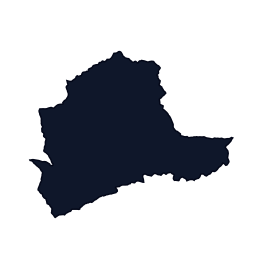 Nubi, Tongsa, Bhutan, rotated 81°
{"feature_id": "84629894B54102574648684", "entity_name": "Nubi", "entity_type": "district", "adm_level": 2, "iso_a3": "BTN", "parent_name": "Bhutan", "parent_adm1": "Tongsa", "projection": "mercator", "projection_center": [90.45, 27.625], "detail": "fine", "context": "isolated", "style": "filled", "palette": "ink", "viewbox_px": 256, "rotation_deg": 81, "n_neighbors": 0, "source": "geoboundaries", "source_scale": "gbopen_adm2", "svg_char_len": 5792}
<svg xmlns="http://www.w3.org/2000/svg" viewBox="0 0 256 256"><g transform="rotate(81 128 128)"><path d="M154.2,26.1L153.6,27.2L154.4,29.4L154.1,31.5L154.1,34.2L153.8,35.3L152.8,37.1L152.8,39.2L152.2,40.9L152.1,42.4L151.5,44.1L152.1,46.4L151.1,48.9L150.1,52.0L149.7,52.8L148.9,53.7L148.6,54.5L148.5,56.3L148.0,58.6L147.9,60.1L147.3,62.1L147.5,62.7L147.4,63.6L147.1,64.1L147.4,65.3L147.1,67.0L147.1,69.7L145.8,70.9L145.7,71.1L145.9,72.0L145.6,72.9L145.5,73.7L144.6,75.3L144.4,76.1L143.7,77.4L142.6,77.2L142.0,77.2L139.8,79.3L139.3,79.6L138.3,81.4L134.9,83.2L134.0,83.3L131.7,82.9L130.8,83.0L125.0,84.4L122.8,85.2L121.9,86.0L120.5,86.3L118.4,87.5L117.8,88.1L116.1,89.3L115.0,90.7L114.1,90.7L111.9,89.9L111.6,89.9L110.3,91.9L109.7,92.6L109.3,92.9L107.5,92.6L105.1,92.6L104.3,92.4L103.9,91.9L103.2,90.3L101.9,89.1L101.4,87.7L99.5,85.3L99.0,85.4L98.4,85.6L96.6,87.1L95.4,87.4L93.8,88.2L93.0,88.2L90.8,90.3L90.2,90.5L89.7,90.4L88.1,89.5L86.5,88.9L86.2,89.0L85.1,90.0L84.0,90.3L83.2,90.7L81.4,90.4L80.5,91.3L80.3,91.3L79.8,91.0L79.2,90.0L78.6,89.3L78.1,89.2L77.2,89.3L76.6,89.1L75.8,88.7L74.3,87.2L73.8,86.9L73.3,86.9L72.6,87.5L71.5,88.0L70.5,89.5L68.2,91.4L66.7,92.1L66.2,92.6L65.8,94.3L65.8,96.4L66.0,97.5L65.9,98.4L64.4,101.3L63.4,104.1L63.8,105.2L63.6,106.1L64.3,107.1L65.0,107.5L65.2,108.7L64.4,109.1L63.4,110.1L63.4,111.0L63.9,112.0L63.9,112.9L63.7,113.5L62.7,114.0L61.5,115.3L60.2,116.0L59.8,116.4L59.5,116.9L59.4,117.5L58.3,120.0L57.5,120.4L56.6,121.5L53.5,122.5L52.1,123.1L51.4,123.9L51.1,124.8L51.3,125.7L51.9,126.7L52.2,127.8L52.2,128.7L52.0,130.1L52.4,130.5L54.2,131.7L56.0,133.2L56.7,134.2L57.2,134.9L57.3,135.8L57.0,137.9L58.1,138.9L58.9,140.5L58.8,141.0L57.9,142.6L58.2,143.4L58.7,143.6L58.9,143.9L59.0,144.8L58.9,145.9L59.0,146.2L60.0,146.8L60.7,147.4L60.6,149.9L60.9,152.2L61.3,152.9L62.5,153.9L62.8,154.3L63.6,157.5L64.0,157.9L65.2,158.0L65.7,158.2L65.8,158.5L65.6,160.0L66.2,161.4L65.9,162.5L66.1,164.0L67.0,164.8L68.6,165.6L68.9,166.0L69.3,168.7L69.1,169.3L68.5,170.0L69.3,171.2L70.1,171.5L71.0,172.3L72.4,175.2L73.1,176.2L73.1,176.7L72.8,178.5L71.7,180.9L76.1,180.5L76.5,180.9L77.0,182.0L77.5,182.4L78.3,182.6L80.1,182.3L81.5,181.9L82.7,181.9L84.1,181.5L86.2,181.7L88.2,182.8L88.8,183.5L90.2,184.6L90.5,185.1L91.0,186.5L92.0,187.6L92.8,188.4L93.6,188.2L94.2,188.7L94.2,189.3L94.0,192.0L94.1,193.5L94.8,195.1L96.6,197.9L96.8,198.4L96.8,198.7L95.9,200.3L95.7,200.8L95.9,203.5L96.3,205.2L96.2,207.0L95.8,208.8L95.6,210.7L95.4,212.0L95.5,212.3L96.3,212.6L97.0,213.1L98.2,213.2L99.6,212.9L101.1,212.9L103.1,212.3L104.3,212.2L105.1,212.0L106.8,212.4L108.9,212.6L110.0,212.9L112.0,212.6L113.1,212.0L113.7,212.2L115.1,213.2L118.1,213.5L118.6,213.2L119.4,212.3L120.1,212.0L121.2,212.0L122.3,212.5L123.2,212.5L125.2,210.7L126.1,210.6L127.2,211.0L128.8,211.8L131.7,212.2L133.7,213.5L135.2,213.7L137.0,214.6L137.6,214.7L138.4,214.2L139.7,212.7L142.3,210.7L144.0,210.4L147.0,209.1L149.7,208.7L151.1,208.2L151.9,207.6L152.3,207.6L153.3,208.4L152.9,210.4L152.8,210.6L151.3,211.1L149.9,212.7L148.6,214.3L148.3,215.2L148.1,216.0L148.0,217.8L146.2,221.2L144.4,226.7L144.3,227.6L144.4,229.1L144.3,229.9L144.7,229.8L145.2,228.4L146.1,227.3L148.2,226.3L149.2,225.2L150.9,224.1L151.7,223.2L153.1,222.1L153.7,221.4L156.7,220.3L157.6,219.5L157.8,219.4L159.3,219.5L160.7,220.1L161.8,220.3L164.8,221.6L165.4,221.7L166.0,221.5L166.5,221.6L168.9,223.4L170.3,224.0L173.6,226.0L174.7,226.4L175.3,226.4L176.1,225.6L177.5,225.1L178.5,224.5L179.2,223.9L179.5,223.0L182.2,222.7L184.0,221.6L184.3,221.2L184.6,220.6L185.0,220.2L186.5,220.0L187.0,219.8L190.0,219.7L191.2,218.0L191.5,217.5L193.1,217.0L195.1,215.8L195.7,215.7L196.9,215.9L197.7,216.2L198.6,216.3L199.7,216.8L200.1,216.7L202.5,215.1L204.3,214.4L204.9,213.9L203.4,210.8L203.0,209.7L203.3,205.0L203.8,204.5L203.8,204.2L203.0,203.3L202.2,202.0L202.1,201.4L201.9,200.6L201.4,200.0L201.3,198.2L201.1,197.6L200.3,196.9L199.7,196.6L199.5,195.7L200.2,190.9L200.7,189.2L200.5,188.4L199.7,188.1L199.1,187.5L198.4,186.1L196.9,184.1L196.8,183.5L196.1,182.6L195.9,180.8L195.6,180.2L195.7,178.9L195.2,177.5L195.2,176.8L195.7,175.6L195.7,175.3L195.2,174.3L193.9,172.3L193.7,171.1L191.4,166.8L191.3,165.4L190.9,164.6L190.7,163.7L190.8,163.4L191.2,162.8L191.0,161.5L190.8,160.5L190.4,160.0L190.6,158.6L190.2,155.9L190.5,155.1L190.2,153.2L189.9,150.0L189.1,149.3L189.0,148.7L188.5,148.4L187.1,148.5L185.3,149.7L184.7,149.6L184.5,149.0L184.3,147.4L184.5,145.8L184.3,145.6L183.4,143.3L183.4,142.2L183.8,139.6L184.0,137.2L183.4,136.3L183.3,134.5L182.4,134.0L182.3,133.5L182.3,132.4L182.8,131.3L183.1,130.0L181.8,128.4L181.7,126.8L182.1,125.3L183.9,121.6L184.0,121.0L181.1,120.9L178.8,121.2L177.9,121.1L177.0,120.8L176.7,120.5L176.3,119.8L176.0,118.6L176.1,118.1L177.5,116.2L178.4,113.7L179.0,112.4L177.0,109.5L177.2,108.0L177.6,107.2L178.7,105.7L179.2,103.7L179.7,103.0L179.7,102.6L179.2,102.2L178.0,100.2L178.3,99.0L179.5,97.9L179.5,97.2L178.8,96.5L178.6,96.0L178.5,93.7L178.6,92.9L178.8,92.4L180.0,91.6L180.6,90.7L180.9,90.0L181.3,89.9L182.8,90.1L183.4,90.6L185.1,91.1L185.6,91.0L186.9,90.4L187.1,88.9L187.9,86.2L187.7,85.8L186.9,85.4L185.7,84.4L185.2,83.5L184.8,82.1L185.2,81.3L185.8,80.8L186.5,79.7L187.0,79.1L187.9,78.4L189.3,78.1L188.7,75.6L188.6,74.6L188.8,73.3L188.7,72.7L190.0,70.8L189.6,70.6L189.3,70.1L188.7,67.4L188.7,66.4L188.4,65.9L187.7,65.0L186.6,64.2L185.1,63.5L184.9,62.5L185.3,60.5L186.5,59.7L187.1,59.0L187.6,58.0L186.4,55.8L186.1,55.0L186.3,54.5L186.1,54.1L184.9,52.7L184.3,52.4L184.1,51.9L183.9,50.6L184.3,50.1L184.5,49.1L183.9,47.7L182.9,46.3L181.2,44.7L179.9,42.3L178.5,40.7L177.4,39.9L178.4,38.4L180.1,37.3L180.0,36.1L178.6,34.7L177.2,33.6L175.9,33.7L173.1,34.4L168.7,33.0L166.3,33.0L164.1,34.1L163.4,34.6L162.3,34.9L161.8,34.5L161.0,34.1L159.5,31.5L157.1,28.5L155.3,27.3L154.2,26.1Z" fill="#0f172a" stroke="#020617" stroke-width="1.5"/></g></svg>